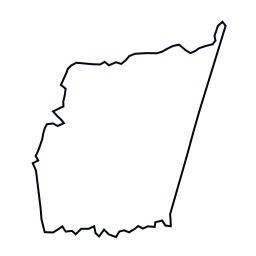 the district of Salto Veloso, Santa Catarina, Brazil, rotated 92°
{"feature_id": "56859067B73649711727745", "entity_name": "Salto Veloso", "entity_type": "district", "adm_level": 2, "iso_a3": "BRA", "parent_name": "Brazil", "parent_adm1": "Santa Catarina", "projection": "robinson", "projection_center": [-51.433, -26.893], "detail": "fine", "context": "isolated", "style": "outline", "palette": "ink", "viewbox_px": 256, "rotation_deg": 92, "n_neighbors": 0, "source": "geoboundaries", "source_scale": "gbopen_adm2", "svg_char_len": 1192}
<svg xmlns="http://www.w3.org/2000/svg" viewBox="0 0 256 256"><g transform="rotate(92 128 128)"><path d="M18.6,37.3L22.8,41.7L28.2,43.3L33.0,44.8L37.5,43.6L41.4,46.4L43.5,53.8L45.8,59.7L48.8,63.6L51.0,68.3L48.3,73.0L42.9,79.9L44.4,85.8L47.2,91.1L50.7,96.9L52.3,101.8L52.5,111.4L53.1,118.9L53.7,124.0L56.1,129.3L60.6,132.8L64.2,137.0L62.7,142.2L66.0,149.3L62.7,153.7L65.5,158.1L65.5,165.4L65.0,174.3L64.6,182.0L67.5,186.9L70.9,190.2L75.1,191.5L81.9,194.3L87.3,196.6L90.9,191.7L97.7,192.4L103.8,193.6L108.7,193.3L111.5,198.7L114.1,203.4L118.3,199.4L121.9,195.2L125.4,192.2L128.4,198.4L126.1,203.1L127.0,209.2L131.5,211.3L136.4,212.5L142.0,213.3L148.4,215.2L155.0,217.4L159.2,219.3L163.6,216.6L166.5,222.0L173.7,218.5L211.5,212.5L222.1,211.3L235.0,207.6L235.0,199.2L231.7,194.3L228.6,190.2L233.7,186.7L232.8,180.3L236.0,176.5L230.4,171.3L230.1,163.8L227.4,158.4L234.1,156.8L237.4,153.1L230.4,148.4L235.0,143.5L237.4,136.1L231.8,133.1L230.4,128.4L232.2,123.2L228.7,117.9L225.6,114.4L228.0,109.7L225.6,104.8L225.9,97.9L221.2,97.4L219.3,90.6L224.2,87.2L224.7,81.8L217.9,82.3L212.7,82.9L154.3,68.3L128.4,62.2L108.7,57.3L22.5,34.0L18.6,37.3Z" fill="none" stroke="#020617" stroke-width="2"/></g></svg>